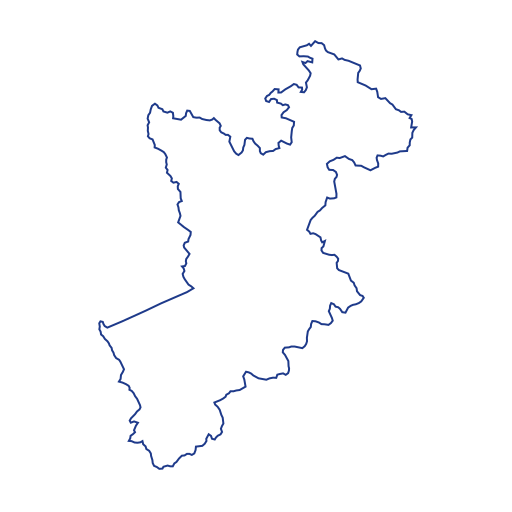 the district of Itaperuna, Rio de Janeiro, Brazil, rotated 93°
{"feature_id": "56859067B34570142953070", "entity_name": "Itaperuna", "entity_type": "district", "adm_level": 2, "iso_a3": "BRA", "parent_name": "Brazil", "parent_adm1": "Rio de Janeiro", "projection": "robinson", "projection_center": [-41.922, -21.215], "detail": "fine", "context": "isolated", "style": "outline", "palette": "blue", "viewbox_px": 512, "rotation_deg": 93, "n_neighbors": 0, "source": "geoboundaries", "source_scale": "gbopen_adm2", "svg_char_len": 6092}
<svg xmlns="http://www.w3.org/2000/svg" viewBox="0 0 512 512"><g transform="rotate(93 256 256)"><path d="M92.6,139.4L91.0,142.4L85.7,143.5L82.6,144.8L83.4,149.4L80.0,155.5L77.1,163.5L74.4,163.8L67.8,163.5L65.6,162.1L63.2,161.2L60.3,162.1L56.2,173.8L55.5,177.8L54.2,180.4L55.4,184.0L50.6,188.4L48.6,195.0L47.1,196.9L45.0,198.0L41.9,199.0L40.0,201.6L40.1,204.8L38.4,208.2L43.3,212.1L41.3,214.1L42.9,216.2L45.3,223.2L47.7,224.9L50.1,225.3L52.6,225.4L54.4,223.1L54.0,218.9L54.1,214.6L55.2,212.5L56.0,209.9L59.7,210.0L58.7,214.7L60.7,216.7L59.8,219.8L62.1,218.8L67.9,213.0L70.6,211.0L73.2,211.4L77.9,213.6L80.2,215.2L84.9,214.0L87.8,215.0L90.0,216.6L89.8,219.8L87.5,218.6L85.4,218.9L85.4,222.3L82.9,224.4L82.3,227.2L84.7,230.2L88.0,235.4L91.4,239.5L91.6,242.2L88.4,242.2L88.3,246.1L90.8,248.1L92.3,249.8L94.4,251.2L95.6,253.4L98.2,255.0L100.7,254.0L101.5,251.0L98.5,249.2L98.0,246.1L99.2,243.3L101.7,242.9L102.5,239.1L104.0,237.1L103.1,234.7L103.7,232.0L105.7,230.8L108.7,232.9L111.0,236.0L113.9,237.9L116.3,237.6L116.9,233.3L120.0,225.0L123.7,225.1L126.2,226.5L129.3,226.8L135.7,227.1L140.5,226.3L143.0,227.8L142.1,231.0L139.5,236.9L141.9,239.5L144.7,239.1L147.0,238.3L148.2,242.0L150.2,244.4L150.6,247.8L151.8,251.6L154.4,254.1L153.1,256.6L151.1,257.6L148.0,257.8L145.7,260.2L143.8,262.7L141.7,264.4L139.1,265.7L139.0,268.7L138.5,271.3L140.5,273.0L145.7,273.4L148.3,274.4L151.2,274.6L153.4,275.8L156.1,278.8L154.9,281.1L152.6,283.3L143.2,288.6L138.2,287.9L136.5,290.3L136.6,292.7L135.4,294.5L134.3,297.2L132.4,298.8L129.8,299.0L127.9,298.0L125.4,299.3L122.2,303.5L120.5,305.3L122.0,306.8L123.0,309.2L122.8,312.6L122.0,317.0L120.7,319.5L121.0,322.8L120.6,325.9L114.6,329.7L114.4,332.3L117.1,333.3L119.8,333.5L123.8,338.0L122.8,346.0L120.6,345.9L117.3,346.5L116.1,349.2L117.5,352.0L116.5,356.0L114.3,357.2L113.1,361.1L110.8,362.4L109.2,364.9L111.5,367.7L115.1,368.8L118.5,369.3L121.0,370.9L124.5,371.4L128.1,369.7L131.1,371.1L133.4,370.6L136.7,370.6L139.8,369.7L142.1,370.2L144.0,368.4L145.0,365.4L150.4,362.9L152.9,362.9L154.0,359.5L155.7,356.0L157.1,353.5L159.0,351.9L162.3,350.1L164.4,350.7L167.0,350.6L169.3,349.9L172.5,350.7L174.7,348.8L177.5,349.3L180.6,345.6L182.9,344.1L185.5,344.6L187.1,342.3L186.2,339.2L188.0,336.9L190.4,337.8L193.2,337.5L196.0,334.8L202.4,334.2L205.0,333.0L206.2,335.7L208.6,337.1L211.5,336.0L214.3,335.5L217.4,334.2L219.9,333.5L226.5,335.5L230.9,329.5L233.7,324.9L235.4,322.4L238.4,322.5L242.7,324.3L245.1,324.5L246.5,327.8L249.2,328.8L251.3,328.2L257.4,322.5L260.3,324.0L262.6,325.5L264.8,325.8L267.0,325.2L269.7,326.4L270.3,329.3L272.1,327.6L274.7,326.7L277.7,328.3L280.6,327.4L283.0,325.9L288.1,321.9L289.7,319.1L291.5,316.8L295.6,322.9L308.3,348.4L316.4,363.3L328.4,386.5L335.3,400.7L333.9,403.4L332.0,404.7L329.8,405.6L329.4,407.9L331.4,409.0L334.7,408.3L337.4,408.6L339.7,407.2L342.5,406.6L344.1,404.4L346.7,402.6L349.0,399.8L351.0,398.3L352.9,397.5L355.3,395.4L357.7,394.8L359.9,393.3L362.5,392.4L365.3,390.3L366.8,387.3L368.5,386.0L376.0,381.9L378.7,382.9L381.9,384.6L385.9,384.8L388.6,386.3L389.4,382.7L390.8,379.1L392.3,376.4L394.2,375.3L396.2,375.4L397.2,373.1L399.4,371.0L402.3,369.4L404.8,367.3L411.1,364.0L413.2,363.4L415.3,364.3L417.5,366.7L420.3,368.5L424.6,372.3L427.0,373.5L429.0,372.3L427.6,369.1L428.7,365.2L431.7,367.0L436.4,368.7L438.3,367.6L440.3,369.5L442.1,371.8L444.8,372.1L447.3,373.3L447.4,370.6L448.6,367.5L448.7,364.6L448.1,361.7L446.8,359.7L449.9,358.8L451.9,356.3L454.5,355.4L456.1,352.5L458.7,350.7L461.1,350.3L465.2,348.8L468.2,348.3L470.9,346.8L471.9,344.0L473.6,341.4L473.2,338.3L471.3,337.4L469.9,333.3L470.5,330.7L470.4,328.1L467.4,326.7L465.9,324.7L462.3,322.3L459.3,319.6L458.9,316.9L457.2,314.6L457.1,312.0L458.0,309.7L456.4,307.3L453.0,306.2L449.5,306.0L448.4,299.7L446.2,297.4L443.3,295.8L441.2,296.1L436.5,293.9L438.0,291.5L440.8,290.4L441.4,287.6L439.4,286.5L437.5,284.8L436.0,282.1L433.5,280.7L430.4,282.0L427.6,281.1L425.0,279.8L419.2,280.8L416.5,282.3L411.5,284.2L408.6,286.4L406.5,289.0L404.5,289.9L401.9,284.3L400.1,281.4L398.1,279.0L396.1,278.4L394.5,275.8L392.4,274.4L392.3,271.5L391.3,268.6L390.7,265.3L387.0,259.6L380.0,261.2L376.8,262.5L372.1,259.9L372.6,257.1L373.7,254.6L375.4,252.5L378.0,247.1L379.0,239.2L377.5,236.1L376.6,232.6L376.6,229.4L373.4,228.5L372.6,226.1L371.8,222.8L373.1,220.1L371.3,217.8L368.6,217.1L366.4,217.1L364.4,217.7L359.2,218.2L353.2,221.9L350.8,224.2L348.3,224.1L346.0,222.4L345.5,218.3L344.6,216.1L344.4,212.6L345.6,204.9L343.5,202.6L341.2,201.3L338.5,200.6L335.0,200.9L328.6,200.3L326.1,199.0L324.1,197.6L321.0,197.4L318.0,196.3L318.1,193.1L319.1,189.7L320.6,187.1L320.6,183.9L321.0,180.0L319.1,177.7L316.6,176.0L314.0,176.9L307.3,180.4L304.8,179.5L301.7,179.4L299.1,178.4L300.1,175.7L302.4,173.9L302.9,171.2L304.4,169.3L307.6,166.9L307.9,163.7L302.7,161.3L300.8,158.8L299.7,156.6L299.0,153.8L297.6,150.8L295.8,148.5L292.1,146.2L290.3,147.5L289.6,150.0L285.9,153.3L282.9,153.9L280.2,156.0L277.6,157.0L275.6,159.9L268.8,162.9L265.7,172.5L264.0,174.3L258.6,175.1L256.7,173.9L254.4,173.8L252.5,175.4L250.7,177.7L251.1,180.3L250.9,183.1L249.4,189.1L247.0,190.9L244.7,190.9L242.9,189.2L237.4,188.0L238.9,190.6L237.0,191.8L234.0,192.6L231.0,197.7L230.3,200.1L231.0,202.8L228.9,204.1L227.2,206.4L217.2,203.3L214.9,201.6L212.8,199.5L208.7,196.8L207.1,194.5L204.5,192.4L201.8,189.4L198.5,189.3L193.9,188.0L194.8,185.2L194.3,181.0L193.3,178.8L189.7,178.9L177.5,181.8L174.8,181.3L172.8,179.7L170.7,179.3L167.9,180.6L166.1,183.5L166.1,187.4L163.7,189.1L160.3,190.0L157.6,187.3L155.9,183.6L153.6,180.5L153.8,177.5L151.6,172.4L154.2,168.3L155.2,164.9L157.4,162.9L160.4,161.3L160.4,155.6L161.7,153.0L164.4,146.2L161.6,141.4L160.4,138.7L157.2,138.8L153.9,140.2L151.6,140.7L149.2,139.9L149.3,136.9L149.9,134.2L148.3,131.8L146.8,129.1L146.8,125.9L145.3,120.2L144.0,117.8L143.2,110.6L139.9,110.3L137.4,108.3L134.6,108.4L131.5,107.9L129.6,106.2L124.8,106.3L121.9,105.1L119.2,103.0L119.5,107.8L113.6,107.1L111.1,107.7L110.2,109.8L107.2,108.2L106.6,111.9L104.1,115.4L104.5,118.7L103.0,120.9L102.1,124.0L97.6,127.7L96.4,130.1L91.6,135.1L92.6,139.4Z" fill="none" stroke="#1e3a8a" stroke-width="2"/></g></svg>